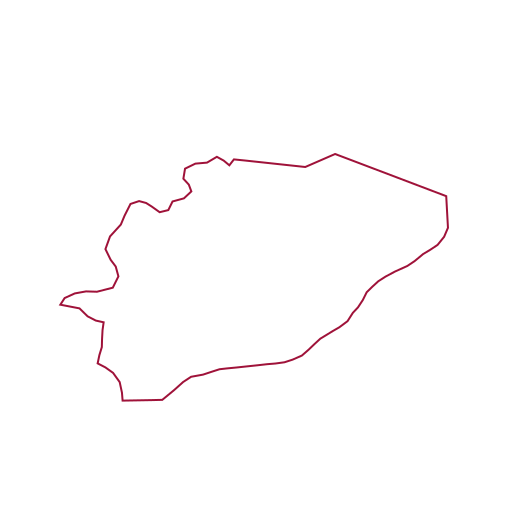 Marcação, Paraíba, Brazil, rotated 154°
{"feature_id": "56859067B50699836621032", "entity_name": "Marcação", "entity_type": "district", "adm_level": 2, "iso_a3": "BRA", "parent_name": "Brazil", "parent_adm1": "Paraíba", "projection": "albers", "projection_center": [-34.992, -6.751], "detail": "fine", "context": "isolated", "style": "outline", "palette": "rose", "viewbox_px": 512, "rotation_deg": 154, "n_neighbors": 0, "source": "geoboundaries", "source_scale": "gbopen_adm2", "svg_char_len": 1241}
<svg xmlns="http://www.w3.org/2000/svg" viewBox="0 0 512 512"><g transform="rotate(154 256 256)"><path d="M212.4,155.4L202.3,157.3L193.8,162.5L186.9,165.1L179.3,169.6L172.4,174.9L164.9,177.4L157.1,179.7L148.6,180.7L137.9,181.1L124.4,180.7L115.6,181.9L104.9,184.5L96.7,185.2L87.9,186.4L78.5,190.8L71.1,197.2L58.8,226.4L127.2,299.2L140.2,313.0L172.7,314.4L224.6,347.0L233.5,352.5L240.2,349.2L243.2,355.9L247.7,362.3L259.1,361.4L270.0,365.6L281.5,365.6L287.4,357.3L285.1,349.6L285.8,342.4L295.5,339.4L307.1,341.6L314.7,335.7L323.4,337.6L328.0,346.1L331.5,351.8L337.0,356.6L346.0,357.8L356.4,349.9L363.7,343.5L378.6,337.6L388.3,328.2L388.3,316.3L386.7,308.0L388.6,298.0L398.6,290.3L414.6,293.6L424.3,298.7L435.3,301.8L446.4,302.1L453.2,298.0L437.6,286.3L433.8,275.6L428.3,268.2L422.0,263.2L426.4,256.7L430.8,248.8L434.5,241.7L440.2,235.6L445.4,228.9L440.2,221.9L435.7,213.6L433.8,202.4L436.4,191.9L439.3,184.5L412.7,172.1L403.3,167.8L388.3,171.4L376.7,174.7L367.3,175.9L355.6,172.6L346.7,171.4L338.4,170.2L331.1,167.6L322.3,164.3L312.1,160.6L302.5,157.1L293.2,153.8L285.8,150.9L277.0,148.0L268.5,146.8L258.4,146.4L249.9,148.7L242.1,151.2L234.4,153.5L226.9,154.2L219.8,154.9L212.4,155.4Z" fill="none" stroke="#9f1239" stroke-width="2"/></g></svg>